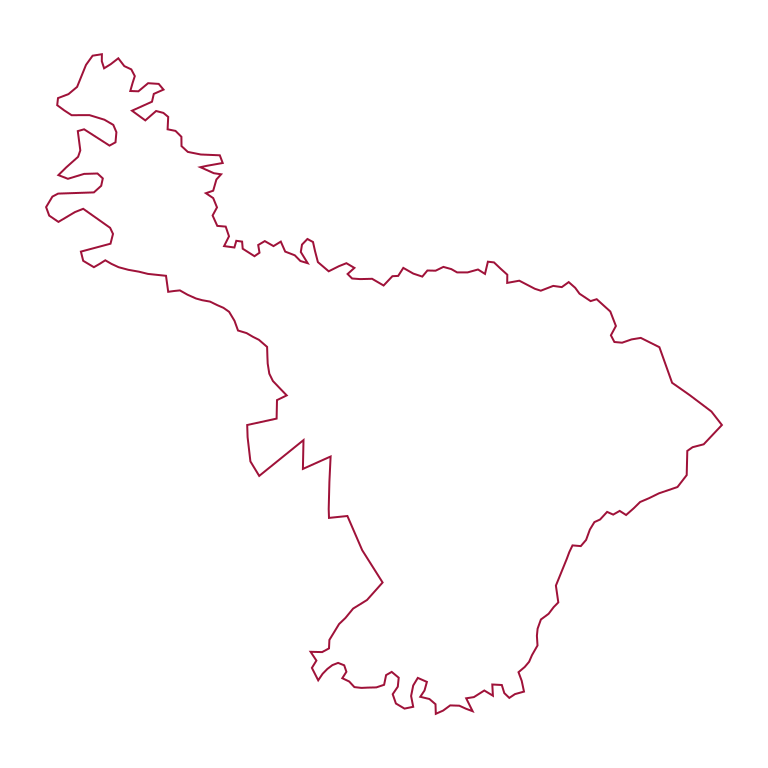 outline of Sarandi, Rio Grande do Sul, Brazil
{"feature_id": "56859067B70235008034954", "entity_name": "Sarandi", "entity_type": "district", "adm_level": 2, "iso_a3": "BRA", "parent_name": "Brazil", "parent_adm1": "Rio Grande do Sul", "projection": "robinson", "projection_center": [-52.934, -27.931], "detail": "fine", "context": "isolated", "style": "outline", "palette": "rose", "viewbox_px": 768, "rotation_deg": 0, "n_neighbors": 0, "source": "geoboundaries", "source_scale": "gbopen_adm2", "svg_char_len": 3533}
<svg xmlns="http://www.w3.org/2000/svg" viewBox="0 0 768 768"><path d="M472.6,711.2L466.2,698.3L473.9,697.1L484.3,690.5L492.9,695.7L492.3,684.5L501.8,685.0L504.3,693.1L509.3,697.9L515.0,694.1L524.0,691.6L521.7,680.8L518.5,672.2L524.7,667.0L529.1,661.8L532.0,655.1L537.5,645.5L536.9,635.8L537.6,628.7L540.9,619.5L548.6,613.8L553.7,607.1L558.3,602.4L555.9,585.6L566.8,558.8L569.3,552.1L572.5,545.4L580.8,546.1L586.1,539.9L589.9,529.5L594.4,522.1L600.1,519.5L607.1,511.9L613.2,514.6L619.7,510.9L626.1,515.0L633.7,508.3L640.1,502.0L649.0,498.2L659.0,493.3L677.5,487.0L686.7,475.1L687.3,450.9L692.6,447.2L703.7,444.3L721.9,425.0L711.4,411.5L689.8,395.2L682.0,389.7L672.1,382.8L659.4,347.2L640.8,337.9L631.6,339.4L622.1,342.7L614.4,342.0L610.9,335.3L615.9,326.0L610.3,311.5L596.7,299.2L590.6,301.1L579.5,293.7L575.2,287.8L568.7,282.1L561.8,287.1L553.2,285.9L540.8,290.7L534.9,288.8L519.3,280.7L507.2,282.9L507.3,274.7L500.3,268.4L494.0,262.4L487.9,261.7L485.0,273.9L478.0,269.5L467.6,272.4L457.1,272.4L451.3,269.1L443.4,266.9L435.6,270.7L427.4,270.5L422.3,276.6L413.3,273.6L403.3,267.9L398.2,275.9L392.4,276.2L383.6,285.5L372.1,278.8L360.1,279.1L352.1,278.5L347.6,274.0L354.4,267.9L346.4,263.2L338.9,266.2L328.7,271.3L317.9,262.1L315.0,251.0L313.0,242.0L307.4,239.0L302.0,244.6L300.8,252.0L307.7,263.2L300.4,261.0L294.8,255.3L285.2,251.6L280.8,241.6L273.5,246.1L264.8,241.1L258.2,245.0L259.5,252.7L254.5,256.2L242.7,248.7L242.1,241.6L236.3,240.8L234.4,247.5L224.1,246.1L229.0,236.3L225.7,226.6L217.3,225.9L212.6,215.5L217.0,207.4L213.2,198.1L205.9,193.2L213.2,190.7L216.4,179.5L221.1,174.3L213.8,173.2L200.4,167.2L206.9,165.8L222.7,163.0L219.8,155.3L200.8,154.5L187.8,151.9L181.5,146.1L181.4,136.8L175.5,130.9L167.6,129.3L168.2,116.9L163.4,112.9L156.1,111.0L145.3,120.4L132.0,110.7L152.0,101.7L153.8,93.9L163.5,89.6L158.7,83.9L148.1,83.2L138.4,91.3L130.3,91.0L132.6,82.9L134.8,76.1L131.3,69.4L124.3,66.1L118.3,58.3L110.7,64.2L104.1,68.3L101.8,61.2L101.9,54.2L92.6,55.7L86.0,64.9L77.1,86.9L68.5,94.1L58.0,98.1L57.2,105.2L64.1,110.3L71.6,115.2L89.4,115.1L104.4,119.7L113.3,124.9L116.4,132.2L115.5,142.3L109.5,145.6L84.1,129.3L77.8,131.1L80.3,150.4L78.1,156.8L66.1,167.5L58.4,175.1L67.9,178.8L84.1,173.9L97.5,173.5L102.8,178.4L101.2,185.8L93.9,192.4L58.1,193.6L52.4,196.6L46.1,207.1L49.2,215.6L58.4,221.9L74.9,212.1L83.2,208.8L110.1,227.8L113.0,233.9L110.5,243.7L80.9,251.6L83.2,260.8L93.9,267.2L99.6,263.9L105.3,260.3L111.5,263.9L118.6,267.2L128.3,269.8L139.0,271.7L147.9,273.9L166.0,275.8L168.2,291.8L174.1,291.0L179.9,290.4L187.5,294.7L196.0,298.5L202.2,300.2L210.0,301.6L217.4,305.2L223.4,307.8L229.1,311.8L234.5,320.8L238.0,330.5L246.6,333.1L252.9,336.8L258.9,339.8L267.1,346.9L267.4,356.5L267.7,363.6L269.3,373.7L272.9,381.0L281.0,389.5L286.7,395.4L277.0,400.1L276.6,418.6L247.2,425.0L247.6,437.2L250.4,461.4L259.2,475.9L303.5,440.1L302.9,468.9L330.6,456.5L329.4,481.8L328.7,509.1L329.0,517.9L347.4,516.0L362.2,550.2L382.6,582.5L367.0,600.0L353.1,608.6L345.4,618.0L339.1,624.0L329.4,639.9L329.0,648.4L322.1,652.1L310.6,651.8L316.4,660.6L311.9,667.9L318.2,680.3L322.6,673.8L327.4,668.9L332.4,665.1L338.1,662.9L344.2,665.3L346.4,671.8L342.3,678.2L349.2,681.5L354.4,687.1L361.4,687.9L367.9,687.6L376.3,687.4L384.1,684.8L386.1,675.1L391.7,671.9L398.7,677.7L397.8,686.7L392.7,694.2L395.9,703.5L404.5,708.6L413.2,706.8L411.1,696.0L413.2,685.5L417.8,677.9L426.9,681.9L424.5,690.5L420.3,696.8L429.4,699.0L435.5,704.2L435.8,713.8L443.1,710.6L450.2,705.4L459.3,705.7L465.9,708.7L472.6,711.2Z" fill="none" stroke="#9f1239" stroke-width="2"/></svg>